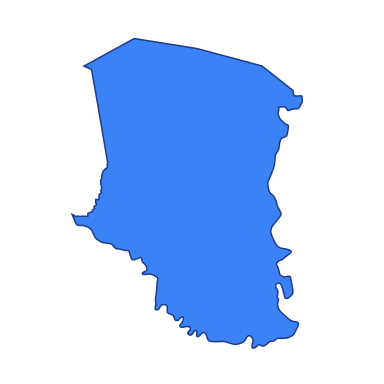 the district of Cucuyagua, Copán, Honduras, rotated 194°
{"feature_id": "27666195B10036969380413", "entity_name": "Cucuyagua", "entity_type": "district", "adm_level": 2, "iso_a3": "HND", "parent_name": "Honduras", "parent_adm1": "Copán", "projection": "natural_earth1", "projection_center": [-88.859, 14.693], "detail": "fine", "context": "isolated", "style": "filled", "palette": "blue", "viewbox_px": 384, "rotation_deg": 194, "n_neighbors": 0, "source": "geoboundaries", "source_scale": "gbopen_adm2", "svg_char_len": 5867}
<svg xmlns="http://www.w3.org/2000/svg" viewBox="0 0 384 384"><g transform="rotate(194 192 192)"><path d="M93.9,55.8L93.0,56.4L91.9,57.8L90.7,59.6L89.9,60.2L89.4,60.3L88.2,59.9L86.4,59.6L85.7,59.7L84.8,60.3L82.9,62.0L81.2,64.6L80.0,66.0L79.3,66.5L77.9,66.6L76.6,67.3L76.0,67.9L75.1,69.4L73.7,70.5L72.4,71.1L68.8,71.8L65.5,73.0L63.4,74.0L61.2,75.7L59.6,77.4L59.1,78.1L58.7,78.8L56.8,87.5L56.7,88.9L56.8,89.7L57.0,90.2L57.4,90.7L58.0,91.0L59.5,91.3L61.7,91.0L63.3,91.0L64.2,91.1L65.4,91.4L67.0,92.0L68.9,92.9L74.8,96.0L77.1,97.4L78.7,98.5L80.0,100.1L81.2,102.2L81.8,103.5L82.0,104.4L82.0,107.3L82.1,108.8L82.4,109.1L83.3,109.8L84.1,111.2L84.1,114.3L84.4,116.0L85.2,117.3L87.1,119.2L87.8,120.2L88.1,120.8L88.2,121.5L88.1,122.3L88.0,123.0L87.6,123.7L87.2,124.2L86.7,124.5L85.4,124.7L84.5,124.5L83.1,123.6L81.9,122.0L80.4,119.6L78.1,115.4L76.7,112.5L76.2,111.9L75.6,111.6L74.8,111.5L74.1,111.7L73.5,112.1L72.7,112.8L71.6,114.2L70.5,116.1L69.9,117.2L69.8,118.1L69.9,119.2L70.2,120.5L71.5,123.9L74.2,129.4L75.5,132.5L76.0,133.4L76.6,133.7L77.6,133.7L79.4,133.1L81.8,131.9L82.6,131.8L84.5,132.1L86.3,132.8L86.8,133.3L87.9,135.4L90.0,139.1L90.5,139.8L91.8,141.1L92.5,142.4L92.6,143.2L92.6,143.8L92.3,144.4L91.9,145.1L90.5,146.6L88.7,147.9L88.1,148.4L81.9,156.4L81.4,157.4L81.3,157.9L81.3,158.2L81.6,158.6L82.1,158.9L83.9,159.3L85.6,159.4L88.5,159.4L92.1,159.0L94.0,159.4L95.7,160.0L97.2,161.0L99.2,163.0L102.5,166.9L104.7,170.0L105.7,171.8L106.1,173.0L106.3,175.1L106.0,177.6L104.9,180.2L100.7,189.5L100.2,191.3L100.4,192.5L100.8,193.3L101.5,194.4L103.9,196.9L106.2,199.5L106.6,200.3L107.2,201.8L107.6,202.8L108.6,204.2L109.8,205.6L111.0,206.9L112.4,208.0L113.4,208.7L115.4,209.6L116.3,210.4L117.1,211.2L117.9,212.5L118.9,214.4L119.7,216.2L120.5,218.6L120.7,219.8L120.6,221.1L119.4,228.6L118.8,234.2L118.6,237.1L118.6,238.4L119.1,242.2L119.8,245.8L120.0,247.2L119.7,249.3L118.6,252.9L118.2,255.2L118.9,261.2L118.8,263.3L118.5,264.8L118.1,265.7L114.5,268.5L113.9,269.3L113.7,270.0L113.6,271.2L113.9,275.5L114.3,278.8L114.6,279.5L114.8,279.9L115.4,280.2L116.7,280.4L118.2,280.8L120.0,281.6L123.7,283.8L124.6,284.6L125.5,285.7L126.7,287.5L127.5,288.9L127.6,292.5L127.7,293.1L128.1,294.0L128.2,294.6L128.1,295.0L127.8,295.3L127.0,295.9L124.8,296.5L122.8,296.9L122.1,296.8L121.3,296.5L118.9,294.4L118.3,294.3L117.8,294.5L116.1,295.7L112.9,297.4L110.8,297.9L109.0,298.8L108.7,299.3L108.2,300.4L106.8,306.0L107.1,307.4L108.0,309.9L108.2,311.1L108.4,311.5L108.7,311.7L109.2,311.7L111.7,311.1L113.6,310.3L115.5,310.3L116.4,310.3L116.7,310.6L117.1,311.2L118.3,314.4L118.6,314.9L154.6,331.2L221.8,332.4L285.3,326.9L327.3,288.0L319.1,286.6L303.1,250.6L281.4,201.1L280.9,200.1L280.9,199.4L281.1,198.4L280.2,196.0L280.2,195.5L280.5,194.7L281.4,193.9L282.2,192.7L283.1,191.0L283.3,190.4L283.6,186.5L283.1,184.8L282.8,183.4L283.3,182.1L283.5,180.9L283.4,180.2L282.8,179.4L282.6,178.7L282.5,178.0L282.7,177.6L282.1,177.2L281.4,176.5L280.7,174.4L280.5,171.7L280.8,171.4L280.8,171.2L280.4,170.5L279.8,170.1L279.7,169.8L280.2,168.6L280.5,168.3L281.1,167.9L281.3,167.4L281.2,165.9L280.7,163.2L280.7,162.0L280.9,161.9L283.0,161.8L283.4,161.7L283.5,161.4L283.4,160.3L282.9,159.4L282.9,159.1L283.2,158.7L281.9,157.2L281.7,156.8L282.0,156.0L283.6,154.2L282.6,152.2L284.0,150.7L284.1,150.1L283.9,149.4L284.1,149.0L286.1,147.3L287.2,146.5L287.8,146.0L287.8,145.7L287.7,145.0L287.2,143.6L287.2,143.3L287.5,143.1L288.6,142.8L289.7,142.8L290.2,142.3L290.5,142.2L291.2,142.4L291.7,142.3L293.0,141.9L294.3,141.2L296.9,141.1L297.8,140.5L298.7,140.2L299.5,140.3L301.3,140.9L302.9,141.2L300.2,137.7L297.7,134.0L297.0,133.2L296.0,132.5L294.6,132.2L292.4,132.4L290.1,133.2L287.2,132.9L284.8,132.9L283.8,132.7L281.4,131.5L279.6,130.3L279.1,129.7L277.9,127.9L276.8,126.5L275.5,125.1L274.4,124.1L273.6,123.6L271.5,122.6L268.4,121.6L267.3,121.4L265.4,121.4L263.8,121.6L260.2,122.1L258.0,122.0L257.2,121.8L256.1,121.3L253.3,119.3L252.3,118.7L251.8,118.6L248.1,119.2L243.6,119.1L241.4,119.3L239.9,119.8L239.3,119.7L238.9,119.5L238.5,119.0L237.0,116.2L235.0,113.1L234.2,112.3L233.4,111.9L232.5,111.9L231.3,112.5L228.4,114.5L226.5,115.9L225.9,116.1L225.3,115.9L224.8,115.4L224.3,113.9L223.1,112.0L219.4,110.0L217.9,108.3L217.2,106.8L217.0,105.5L217.3,104.4L218.0,103.5L219.2,102.9L219.9,102.3L220.6,101.2L220.5,100.9L220.2,100.5L219.3,100.2L217.9,100.5L214.5,101.9L213.3,102.2L212.3,102.3L209.9,102.1L207.4,101.6L205.4,100.9L204.8,100.5L204.5,100.1L204.3,99.5L204.1,98.5L203.9,95.0L203.2,92.5L202.7,88.5L201.9,84.0L201.7,79.9L200.9,77.1L200.0,75.0L199.8,71.3L199.6,70.1L199.3,69.4L198.6,69.1L197.8,69.1L197.0,69.4L196.3,69.9L195.9,70.6L195.3,72.4L194.6,74.2L194.3,74.9L194.0,75.3L192.3,75.9L190.5,76.1L189.2,75.8L188.9,75.6L188.5,75.2L188.2,74.5L187.6,72.5L187.2,70.1L186.8,69.3L186.0,68.8L184.8,68.4L181.5,68.0L180.2,67.7L177.8,64.2L177.4,63.8L176.6,63.6L175.8,63.6L174.5,64.1L174.0,64.6L173.3,66.3L172.4,67.5L171.4,68.3L170.8,68.5L170.4,68.5L170.0,68.0L169.7,67.3L169.6,66.0L169.6,64.8L170.2,62.4L171.0,61.0L171.4,60.1L171.6,59.3L171.4,58.8L170.6,58.3L169.1,58.3L167.9,58.6L165.9,59.7L164.2,60.3L162.2,60.5L161.3,60.3L160.9,60.0L160.6,59.5L160.5,58.4L160.8,57.5L161.6,56.0L161.9,55.0L162.0,54.2L161.9,53.8L161.6,53.5L160.4,52.8L159.2,52.6L158.7,52.8L158.2,53.2L157.0,54.9L156.5,56.6L156.1,57.5L155.3,58.3L154.6,58.5L153.9,58.4L153.4,57.9L153.3,57.3L153.1,55.7L152.8,54.1L152.5,53.3L152.1,53.0L151.5,53.0L150.9,53.3L150.0,54.3L148.8,56.5L147.9,57.7L147.1,58.4L146.3,58.5L145.2,58.2L143.8,57.1L142.7,55.5L141.4,53.2L140.8,52.6L139.8,51.9L138.7,51.6L136.9,51.7L134.2,52.1L124.6,54.8L115.8,54.4L113.4,54.5L111.4,55.3L109.5,56.2L107.9,57.2L106.6,58.4L105.6,59.5L104.6,61.2L104.3,62.0L104.0,63.8L103.4,65.0L102.5,66.1L102.0,66.4L101.3,66.5L100.2,66.3L99.0,65.6L97.9,64.6L97.0,63.3L96.8,62.3L96.7,59.4L96.4,57.0L96.1,55.8L95.8,55.5L95.1,55.3L94.6,55.4L93.9,55.8Z" fill="#3b82f6" stroke="#1e3a8a" stroke-width="1.5"/></g></svg>